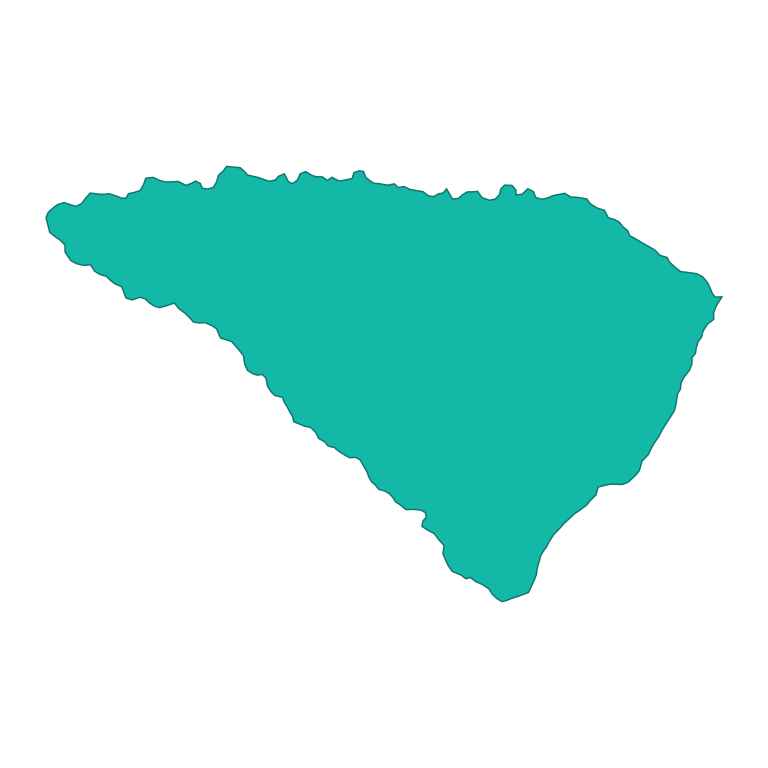 the district of Getulina, São Paulo, Brazil
{"feature_id": "56859067B55515932060106", "entity_name": "Getulina", "entity_type": "district", "adm_level": 2, "iso_a3": "BRA", "parent_name": "Brazil", "parent_adm1": "São Paulo", "projection": "mercator", "projection_center": [-50.049, -21.812], "detail": "fine", "context": "isolated", "style": "filled", "palette": "teal", "viewbox_px": 768, "rotation_deg": 0, "n_neighbors": 0, "source": "geoboundaries", "source_scale": "gbopen_adm2", "svg_char_len": 3685}
<svg xmlns="http://www.w3.org/2000/svg" viewBox="0 0 768 768"><path d="M90.3,193.1L85.4,198.4L81.8,203.4L76.2,206.4L71.6,205.1L64.1,202.6L57.8,204.5L53.5,207.6L48.3,212.3L46.1,217.6L47.8,224.6L49.8,232.4L55.1,236.6L60.0,240.0L65.0,244.9L65.1,252.1L70.8,260.6L76.9,263.8L84.2,265.4L90.5,264.8L94.9,271.3L99.8,274.4L106.3,276.3L110.9,280.8L115.0,283.9L121.8,286.8L124.1,293.0L126.1,298.0L132.3,299.9L140.0,297.2L145.1,298.8L149.7,303.1L154.8,306.3L159.6,307.6L164.8,306.3L169.9,304.5L174.4,303.1L179.2,308.9L184.9,313.1L189.0,317.1L193.6,322.1L199.9,323.0L205.0,322.6L211.8,325.6L216.7,328.8L218.6,333.8L220.7,338.1L226.4,339.8L232.0,341.8L238.5,349.4L243.5,355.7L244.7,364.0L247.5,370.3L252.8,373.7L257.1,375.1L262.5,374.5L265.9,378.1L267.6,386.3L271.2,392.0L274.8,395.5L282.6,397.3L284.3,402.3L287.0,406.5L290.1,412.4L292.8,417.1L293.8,421.8L299.4,424.0L304.9,426.3L310.5,427.3L315.6,432.2L318.7,438.5L324.6,441.7L328.2,446.1L334.3,447.5L339.3,451.7L344.7,455.0L349.7,457.7L355.9,457.4L360.0,459.7L363.3,465.4L367.2,472.2L368.7,476.7L371.4,481.6L375.7,485.4L378.9,489.4L384.5,490.8L389.6,493.9L393.0,497.6L395.4,501.6L400.5,505.1L405.9,509.6L412.6,509.4L420.4,509.9L425.3,512.5L426.4,517.1L423.1,520.8L421.9,526.3L427.7,530.1L434.2,533.6L438.8,539.7L444.2,545.7L442.9,553.5L445.9,560.8L448.5,566.1L452.4,571.5L461.1,575.0L465.8,578.7L470.3,577.5L475.9,581.7L480.8,583.7L484.7,586.0L489.0,588.9L492.2,594.1L497.1,598.7L501.9,601.6L506.7,600.4L512.1,598.2L518.6,596.2L528.4,592.5L531.3,586.5L534.4,579.7L536.3,574.7L537.2,568.0L539.2,561.3L540.7,555.8L543.1,551.5L546.2,547.3L549.6,541.0L553.5,534.8L560.4,527.6L564.0,523.5L569.6,518.3L574.4,513.8L578.5,511.1L586.8,504.9L589.9,500.9L595.9,494.9L598.1,487.1L604.5,485.4L610.0,484.2L614.5,484.2L622.2,484.5L627.8,482.4L631.2,479.3L635.7,475.2L639.4,470.4L641.9,461.3L648.2,454.7L650.8,449.2L653.2,444.8L655.7,440.9L658.6,436.9L661.9,430.4L665.9,423.9L669.8,417.9L674.4,410.8L676.0,404.0L677.5,393.8L680.3,389.4L681.2,382.3L684.3,376.8L689.4,370.3L691.8,364.3L692.1,357.5L695.5,353.3L696.2,347.9L698.1,341.6L701.5,337.2L703.0,331.1L707.4,324.1L713.7,319.4L713.6,312.8L716.3,305.8L721.9,296.9L715.1,297.1L712.2,293.1L710.0,287.8L707.7,282.9L702.7,276.8L696.7,273.7L688.8,272.6L680.6,271.6L675.0,267.2L669.3,261.9L667.1,257.5L660.0,255.4L654.9,250.1L648.9,246.6L641.8,242.6L635.3,238.7L629.8,235.8L627.8,230.9L623.0,226.9L619.3,222.2L614.4,219.4L608.3,217.8L604.5,210.4L596.7,207.9L590.4,203.9L586.8,199.0L580.4,197.9L575.9,197.2L570.8,197.1L564.7,193.3L559.6,194.3L553.1,195.6L547.5,198.0L541.9,199.3L535.6,197.4L533.5,191.7L527.8,188.8L522.0,194.3L515.9,194.9L515.9,190.1L512.0,185.4L504.5,185.2L500.9,188.9L499.3,194.9L495.4,199.0L489.7,200.3L482.0,197.7L477.6,191.4L471.8,191.9L467.2,191.9L463.3,194.3L458.2,198.5L452.4,199.0L449.5,193.9L446.5,188.9L443.2,193.0L438.6,193.8L433.7,196.6L428.4,195.9L423.1,191.7L416.5,190.6L409.5,189.3L404.1,186.5L398.3,187.6L394.4,183.9L387.4,185.2L378.8,183.6L373.8,183.3L369.9,180.7L365.6,177.3L363.6,171.6L359.3,170.8L353.9,172.7L352.2,178.6L345.7,179.9L339.2,181.1L331.9,177.3L327.4,180.5L322.4,176.9L316.4,176.8L311.7,175.3L305.6,171.6L300.1,173.9L297.5,180.0L292.8,183.6L288.5,181.8L284.3,173.9L278.5,176.3L275.4,180.0L269.0,181.3L262.5,179.1L257.9,177.4L253.2,176.4L247.5,175.0L243.8,170.9L240.1,167.7L233.1,167.1L226.6,166.4L223.0,171.3L218.6,175.1L216.7,181.6L213.5,187.3L207.7,189.1L202.1,188.1L200.4,183.6L195.6,181.1L191.4,183.4L185.9,185.4L178.3,181.5L171.3,181.8L166.0,182.1L159.6,180.4L153.1,177.4L145.8,178.2L143.6,184.6L140.0,190.7L132.9,192.8L128.6,193.6L125.8,198.4L121.3,198.0L115.3,195.7L109.4,193.8L100.9,194.4L90.3,193.1Z" fill="#14b8a6" stroke="#0f766e" stroke-width="1.5"/></svg>